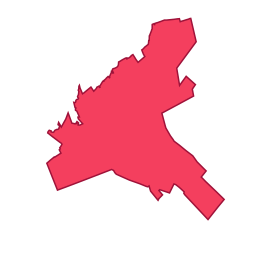 the district of Alexandria, Teleorman, Romania, rotated 262°
{"feature_id": "2599482B3696465031488", "entity_name": "Alexandria", "entity_type": "district", "adm_level": 2, "iso_a3": "ROU", "parent_name": "Romania", "parent_adm1": "Teleorman", "projection": "robinson", "projection_center": [25.389, 43.982], "detail": "fine", "context": "isolated", "style": "filled", "palette": "rose", "viewbox_px": 256, "rotation_deg": 262, "n_neighbors": 0, "source": "geoboundaries", "source_scale": "gbopen_adm2", "svg_char_len": 3284}
<svg xmlns="http://www.w3.org/2000/svg" viewBox="0 0 256 256"><g transform="rotate(262 128 128)"><path d="M26.2,194.5L32.6,201.2L37.2,206.0L43.9,213.3L53.6,205.8L64.2,197.4L66.7,195.6L68.7,194.1L69.2,193.7L74.6,199.4L78.3,196.6L83.1,193.0L85.0,191.6L87.0,190.6L91.4,188.3L97.6,182.2L103.7,176.6L108.5,171.8L110.4,171.0L114.3,168.9L122.7,165.5L125.4,165.1L131.2,164.4L138.0,163.6L138.7,165.5L150.5,197.4L157.5,197.1L161.6,200.8L171.1,192.8L163.0,185.0L179.0,184.6L180.5,184.6L203.9,207.5L227.8,205.4L227.8,205.2L227.8,204.6L227.3,202.7L227.2,201.7L226.9,199.8L226.6,198.2L226.3,196.0L226.0,194.5L229.1,194.1L229.2,191.7L229.2,189.1L229.3,186.4L229.5,181.4L229.8,178.9L229.6,178.2L229.3,176.8L229.1,176.0L228.8,174.5L228.2,171.7L228.1,170.5L227.8,169.2L227.7,168.8L227.7,168.7L227.4,168.7L227.1,168.8L226.8,168.8L226.7,168.8L226.7,168.7L226.8,168.7L227.2,168.5L227.5,168.3L227.6,168.2L227.5,167.5L227.3,166.7L227.2,166.4L226.8,166.3L226.3,166.2L225.9,166.2L225.2,166.1L223.4,165.8L223.0,165.8L222.8,165.7L221.7,165.0L220.7,164.6L220.1,164.2L219.5,163.9L219.2,163.7L217.2,162.6L216.9,162.4L216.6,162.4L216.5,162.2L216.4,162.0L215.6,161.8L214.2,161.6L213.1,161.4L211.8,161.2L211.8,160.7L209.6,160.2L208.0,159.7L205.8,155.9L204.2,154.0L203.4,152.5L201.1,153.0L198.8,153.6L196.4,154.6L191.6,147.1L194.8,145.4L197.4,144.3L200.0,143.1L199.8,142.6L199.5,141.9L199.3,141.4L199.1,141.1L198.6,140.9L198.3,140.4L197.1,138.3L197.2,137.7L197.5,136.8L196.0,136.5L197.5,136.2L197.6,135.5L197.5,135.1L196.3,131.8L195.8,130.6L195.4,129.9L194.7,127.9L192.5,127.4L191.5,127.1L190.5,126.4L189.8,125.5L189.3,124.2L188.8,122.3L188.9,121.9L188.6,121.1L187.4,120.4L184.6,121.2L184.4,120.7L186.1,119.4L184.8,119.0L183.6,118.1L182.2,117.4L181.5,116.7L179.9,117.0L181.8,115.5L180.5,113.6L179.7,112.8L178.3,110.6L177.8,110.7L177.7,110.5L178.0,110.3L177.9,109.7L177.5,109.3L173.0,105.6L172.3,105.9L172.2,105.6L173.5,105.0L173.3,104.5L172.7,102.8L171.6,102.2L169.2,99.2L173.7,97.0L170.9,92.4L168.7,88.9L168.2,87.7L172.3,86.6L174.1,86.1L177.0,85.8L176.2,85.2L173.7,84.7L172.6,84.1L172.1,84.0L171.1,84.4L168.1,83.6L167.9,83.5L166.1,82.4L165.2,82.6L164.6,83.1L164.0,83.0L163.5,82.3L163.3,81.0L162.9,80.6L162.5,80.2L161.2,79.9L161.0,79.7L160.7,79.5L160.5,78.9L160.9,78.2L161.0,77.9L155.6,78.4L155.3,79.1L154.8,79.1L154.1,78.6L152.9,78.5L151.8,79.7L149.7,80.3L145.7,81.4L145.7,79.9L144.0,80.1L138.5,83.7L137.6,80.9L137.8,79.5L138.0,79.0L139.9,79.8L141.5,78.4L140.3,77.4L139.6,77.8L139.5,76.0L139.7,75.8L140.6,73.1L151.3,70.8L145.5,67.6L138.2,62.1L143.2,60.1L141.2,59.2L140.7,59.4L140.6,60.0L139.8,60.3L138.8,60.4L138.1,59.8L137.2,59.6L136.4,58.5L136.5,57.3L135.9,55.3L134.3,53.9L134.1,53.1L134.9,51.3L135.8,51.5L136.7,49.7L135.6,48.4L134.3,47.8L129.4,52.5L124.1,57.8L123.6,58.3L121.9,60.1L121.0,60.3L118.8,58.6L118.0,57.7L116.8,58.0L116.0,56.9L112.4,58.1L110.4,53.7L109.3,51.3L109.4,51.1L109.6,50.9L109.2,50.3L107.2,47.0L104.4,42.7L78.0,49.1L76.3,49.5L78.3,58.6L81.4,72.3L83.9,83.1L89.2,106.0L88.0,107.8L85.7,108.7L84.3,109.6L83.7,110.2L76.2,122.2L71.1,132.0L67.6,138.0L67.0,139.5L67.7,140.8L62.3,141.6L52.2,147.7L52.7,148.1L53.0,147.8L57.0,152.9L61.8,149.9L62.5,150.8L57.9,160.1L66.2,165.7L65.2,167.5L62.1,170.5L57.0,174.7L55.5,174.2L53.9,175.0L26.2,194.5Z" fill="#f43f5e" stroke="#9f1239" stroke-width="1.5"/></g></svg>